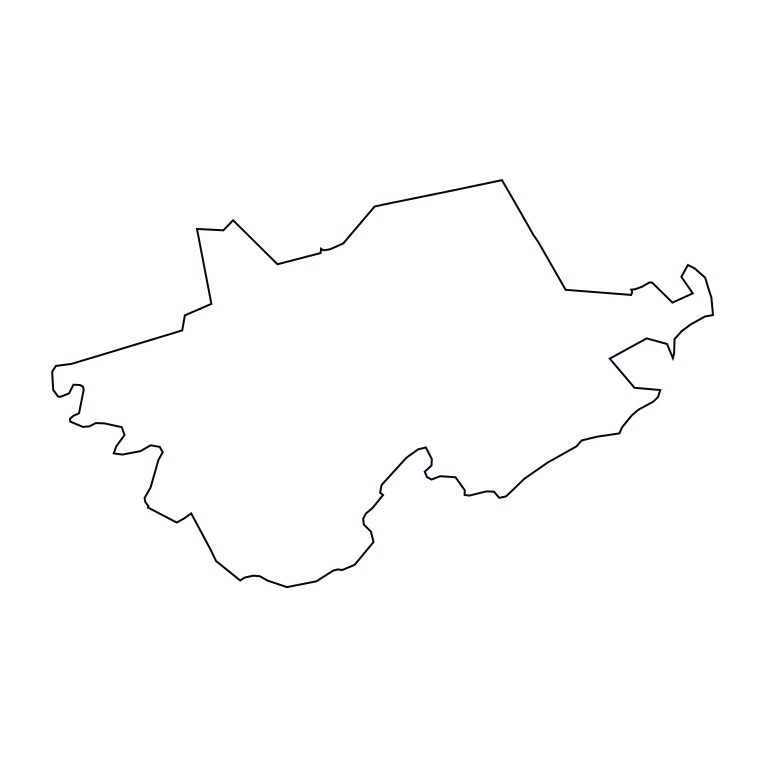 Plymouth, Massachusetts, United States of America (Albers equal-area conic projection), rotated 88°
{"feature_id": "52423323B91573323978432", "entity_name": "Plymouth", "entity_type": "district", "adm_level": 2, "iso_a3": "USA", "parent_name": "United States of America", "parent_adm1": "Massachusetts", "projection": "albers", "projection_center": [-70.786, 41.967], "detail": "fine", "context": "isolated", "style": "outline", "palette": "ink", "viewbox_px": 768, "rotation_deg": 88, "n_neighbors": 0, "source": "geoboundaries", "source_scale": "gbopen_adm2", "svg_char_len": 2009}
<svg xmlns="http://www.w3.org/2000/svg" viewBox="0 0 768 768"><g transform="rotate(88 384 384)"><path d="M184.4,259.0L190.9,296.8L192.1,303.4L202.6,366.0L202.9,368.2L206.3,387.2L242.0,419.7L244.4,425.4L247.5,433.3L248.2,438.7L248.1,439.6L247.6,441.1L246.7,442.2L250.9,442.8L260.6,486.3L215.1,529.1L224.8,539.1L222.5,565.5L297.9,553.7L308.4,580.6L323.4,583.8L338.8,641.9L343.7,660.3L353.0,695.7L354.5,711.3L360.2,715.2L378.3,714.8L385.0,710.3L385.6,708.2L382.4,699.1L373.9,694.4L374.4,687.8L376.1,685.0L379.2,684.3L402.6,689.8L403.3,691.3L404.8,695.3L407.9,699.1L410.7,698.7L416.4,686.4L416.0,679.7L413.0,673.4L413.6,664.7L418.0,647.6L425.9,645.1L436.8,653.6L443.9,656.6L445.4,647.9L442.6,629.6L437.1,619.4L437.6,617.0L439.0,610.4L444.5,607.5L452.1,612.1L479.3,620.9L489.4,627.2L493.3,626.8L498.0,623.7L499.2,624.2L515.2,596.0L511.5,588.6L506.6,581.2L543.7,563.0L555.1,558.0L575.3,534.6L572.6,529.9L571.0,521.4L571.8,514.8L576.5,507.0L583.6,488.2L578.8,458.4L568.8,441.4L567.7,436.8L568.4,432.1L563.7,419.7L541.6,400.0L531.1,402.2L523.9,409.0L517.9,409.5L512.8,406.6L507.3,399.6L494.9,388.8L492.5,391.7L484.8,389.9L476.7,382.0L458.5,364.2L450.5,352.2L449.8,348.7L448.9,344.4L460.7,338.8L467.2,339.4L473.0,346.4L478.6,344.2L481.1,339.8L478.1,331.0L478.4,328.3L479.7,315.8L493.0,307.0L497.7,307.3L498.5,302.5L494.9,285.5L495.2,281.1L495.5,277.8L501.8,272.8L500.6,265.9L483.5,246.9L472.3,229.5L468.1,223.0L453.1,193.9L447.3,188.4L444.1,172.9L441.6,150.5L435.6,147.6L425.1,138.4L423.7,137.1L418.5,130.5L411.1,115.6L406.6,110.6L399.7,108.1L396.5,133.8L393.6,136.1L366.5,157.5L347.6,119.9L353.9,99.7L368.2,94.4L363.6,93.0L349.3,92.1L341.6,84.7L335.1,75.3L327.7,60.8L326.6,52.8L308.9,53.8L301.8,55.9L289.0,59.3L279.4,69.4L275.7,76.1L287.3,83.1L304.2,72.2L312.7,92.9L292.0,112.5L291.8,115.3L295.7,122.5L298.1,129.8L298.3,133.7L300.7,132.7L303.6,133.9L296.2,199.2L278.9,208.3L255.7,220.5L247.2,225.0L240.8,229.2L226.6,236.6L223.9,238.0L198.2,251.6L184.4,259.0Z" fill="none" stroke="#020617" stroke-width="2"/></g></svg>